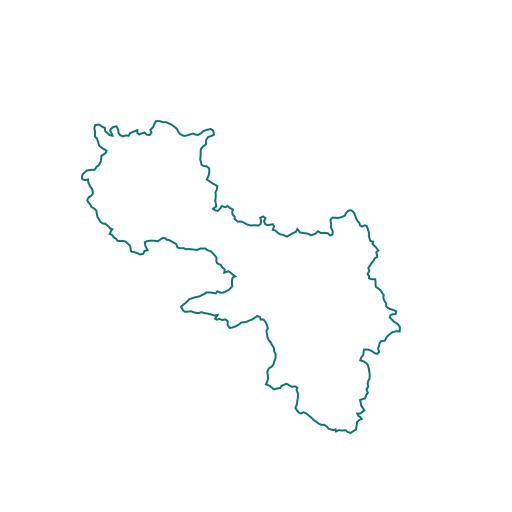 Tapiraí, São Paulo, Brazil (Albers equal-area conic projection), rotated 55°
{"feature_id": "56859067B25724400047231", "entity_name": "Tapiraí", "entity_type": "district", "adm_level": 2, "iso_a3": "BRA", "parent_name": "Brazil", "parent_adm1": "São Paulo", "projection": "albers", "projection_center": [-47.631, -23.999], "detail": "fine", "context": "isolated", "style": "outline", "palette": "teal", "viewbox_px": 512, "rotation_deg": 55, "n_neighbors": 0, "source": "geoboundaries", "source_scale": "gbopen_adm2", "svg_char_len": 5744}
<svg xmlns="http://www.w3.org/2000/svg" viewBox="0 0 512 512"><g transform="rotate(55 256 256)"><path d="M432.1,242.8L428.5,241.9L427.5,239.0L424.8,237.9L422.7,235.7L421.5,233.3L418.6,231.0L415.2,229.3L412.2,227.8L408.8,226.9L406.5,227.3L404.2,228.2L401.3,230.4L399.7,228.4L398.5,224.8L396.2,222.8L394.7,221.1L396.9,217.9L400.0,215.8L403.7,214.4L405.7,213.0L405.3,210.3L401.6,209.0L400.3,206.8L398.4,204.9L397.5,202.3L399.3,198.9L397.6,196.3L396.9,193.0L396.6,188.4L398.0,184.3L400.2,181.6L396.8,178.9L394.0,178.8L391.1,179.7L388.4,180.8L385.8,181.1L383.0,181.7L381.6,179.9L382.0,177.6L383.7,175.0L381.7,172.9L379.2,174.3L376.8,176.3L374.6,177.6L371.7,178.2L369.7,176.6L367.0,176.6L363.6,175.9L361.2,173.8L358.2,173.8L355.6,173.7L353.0,174.3L350.1,175.5L348.0,174.5L345.7,172.9L343.3,171.7L341.2,174.8L339.1,176.2L337.0,174.8L334.8,175.0L333.1,171.6L330.2,170.9L329.0,167.6L327.9,165.0L327.3,162.4L326.1,160.1L326.2,157.2L322.0,155.3L321.6,152.6L317.6,152.8L312.9,153.7L311.5,151.9L309.2,153.7L306.9,153.0L303.9,151.8L302.3,150.2L298.8,149.3L295.2,148.1L293.3,149.1L292.7,152.2L290.7,153.3L288.4,152.4L285.9,152.8L283.2,152.5L277.6,151.0L274.3,151.3L272.4,152.6L271.9,155.0L272.6,157.9L273.9,160.0L273.2,163.9L271.6,167.4L269.9,169.4L268.5,171.2L268.9,173.9L270.8,175.3L272.8,175.9L275.5,178.2L279.7,178.9L282.3,181.1L281.6,183.6L278.6,184.1L276.3,186.9L274.4,189.8L271.2,191.0L271.8,194.8L270.5,199.1L268.2,200.2L266.5,201.6L264.4,204.1L261.8,206.5L257.7,206.6L259.0,209.7L258.5,212.3L258.2,215.3L257.9,219.6L254.6,221.4L251.6,224.1L249.3,224.9L246.2,225.6L244.2,227.3L242.1,224.2L239.7,224.0L237.1,229.2L234.7,230.2L231.9,229.3L230.5,226.5L227.7,227.5L227.2,230.6L230.3,231.8L232.3,233.7L232.6,236.3L229.9,239.6L228.0,242.9L225.2,245.1L222.0,246.7L219.6,247.9L217.4,251.2L213.4,252.3L211.5,250.8L208.8,251.5L206.4,250.4L204.7,248.2L202.1,249.7L198.7,250.6L198.6,252.9L195.5,255.4L196.5,257.9L197.1,261.5L195.2,263.2L192.7,264.1L192.6,260.1L190.0,258.8L187.6,257.9L185.2,255.7L182.7,253.8L180.4,252.6L179.5,250.4L176.5,247.6L174.0,248.7L171.3,250.1L168.5,251.0L165.0,252.4L163.1,248.8L160.1,245.8L157.5,244.2L154.7,244.7L152.0,247.4L149.9,248.3L147.1,247.0L144.9,246.3L143.1,244.7L141.4,243.4L138.8,241.5L136.7,239.7L136.0,236.9L135.7,232.8L132.2,230.1L131.1,226.9L132.0,224.1L132.5,220.9L128.8,219.1L126.0,220.3L124.3,224.4L123.5,227.8L124.0,231.0L123.6,234.0L121.9,235.9L119.7,237.3L118.4,240.6L117.7,243.3L116.5,245.8L114.6,247.3L112.2,248.3L109.1,248.4L106.8,247.9L103.9,248.5L99.7,250.0L95.0,252.7L92.9,255.6L90.6,257.2L88.2,260.5L89.6,263.6L91.4,266.4L92.1,270.2L95.0,270.8L95.9,273.8L93.9,275.9L90.9,276.5L90.2,279.0L89.4,282.0L87.3,282.7L84.8,281.0L84.0,284.8L83.2,288.5L84.4,291.4L82.6,293.4L81.8,296.2L79.2,297.9L76.3,298.1L73.8,296.6L69.8,295.9L68.5,298.8L68.6,301.6L69.6,303.6L73.0,303.9L75.1,304.6L73.0,306.6L69.8,307.2L67.3,307.9L64.3,306.3L61.8,307.9L58.3,309.1L56.5,312.6L58.8,315.4L61.9,316.5L65.8,319.5L68.3,318.9L71.2,319.7L75.5,321.2L79.3,320.1L84.0,318.0L85.3,319.9L85.5,322.4L85.2,325.3L87.2,326.7L89.9,329.4L91.5,332.6L91.5,335.4L92.8,338.8L91.0,341.4L89.0,345.6L89.5,351.0L91.3,353.1L93.2,354.3L95.9,352.5L97.0,349.7L99.3,351.1L104.5,352.1L106.6,351.8L109.6,352.7L111.5,354.2L112.2,356.6L112.0,359.5L113.5,362.3L115.7,362.5L119.0,362.2L121.4,362.7L124.6,361.2L127.4,360.8L129.9,362.1L133.2,363.5L135.5,363.5L138.4,363.9L141.5,362.9L143.0,361.0L147.3,359.8L149.8,359.7L151.6,358.3L152.4,360.5L154.0,363.2L156.1,361.8L158.9,361.9L161.8,360.8L164.1,360.6L165.8,358.8L167.5,356.2L169.4,354.5L172.2,354.0L175.4,353.3L180.6,355.7L183.5,353.1L185.6,351.5L188.2,350.1L189.5,347.1L187.8,344.4L189.1,341.6L186.2,341.1L184.0,340.7L180.9,339.1L181.4,336.7L182.7,334.0L184.5,331.4L187.6,328.0L187.6,324.6L187.7,321.9L189.3,320.2L191.6,319.8L193.0,318.0L195.0,317.2L197.5,315.9L200.4,314.5L204.0,315.4L206.1,313.8L207.9,311.0L210.2,309.5L212.2,306.5L214.7,303.7L217.3,300.7L218.1,297.0L220.8,293.3L223.6,292.4L226.3,290.2L232.6,289.3L235.2,289.5L237.3,291.4L239.7,292.0L242.8,290.1L246.4,290.1L249.2,289.3L251.4,291.5L252.8,287.2L257.2,285.8L260.8,284.7L260.3,287.2L261.8,289.4L263.9,290.9L267.2,292.9L268.2,297.5L267.4,303.0L266.1,305.8L262.8,307.9L263.5,310.5L261.0,312.9L259.0,315.2L257.5,317.3L257.5,320.2L256.9,323.0L256.7,325.4L254.8,329.7L254.1,332.2L253.1,335.3L254.0,339.5L254.2,343.6L254.6,346.5L258.7,346.9L261.0,346.2L262.4,343.9L263.9,341.0L267.3,338.6L269.6,336.1L270.8,332.9L273.0,331.2L275.4,328.7L277.5,326.8L280.9,324.2L282.2,321.3L283.9,325.5L285.8,324.5L286.5,322.2L289.2,320.2L290.3,317.5L293.2,316.6L296.1,318.7L299.8,318.9L300.9,316.6L302.1,312.4L302.3,308.7L302.1,306.1L303.7,303.3L304.6,301.2L305.0,298.6L305.8,295.3L305.8,289.5L308.2,287.8L310.8,288.6L312.3,286.3L315.5,286.1L319.1,286.7L322.0,287.8L323.3,290.4L326.1,291.6L328.7,293.0L332.3,293.8L334.9,293.5L337.7,293.9L341.6,294.1L344.2,295.6L347.6,296.2L350.9,298.6L353.1,302.0L354.7,303.6L355.7,306.5L355.4,309.9L357.2,313.1L359.8,314.4L363.4,316.4L365.1,318.5L366.8,321.4L370.0,319.4L373.1,318.4L375.6,317.7L376.8,314.5L378.0,311.7L377.0,309.6L377.4,307.3L378.2,304.2L380.6,303.2L383.8,301.5L385.2,298.8L387.7,297.7L389.0,299.7L392.6,300.5L395.4,302.3L397.9,304.8L400.7,307.3L403.1,310.9L406.0,311.0L408.8,310.7L410.8,309.5L411.4,306.6L413.5,305.3L417.3,304.2L420.5,303.3L424.0,302.7L426.8,301.5L429.0,300.9L431.7,299.4L433.3,297.0L436.0,295.8L439.1,295.6L441.3,294.0L443.1,292.5L443.6,290.3L445.6,291.0L446.2,288.1L448.8,284.9L450.1,282.5L452.9,281.8L455.2,279.9L455.3,276.3L455.5,273.6L452.7,270.9L450.1,268.5L449.6,265.4L450.1,262.9L447.9,262.9L445.9,263.9L443.1,263.4L444.9,260.9L444.6,255.8L441.5,255.6L438.7,255.6L435.8,254.2L433.7,253.5L434.3,250.7L435.2,248.5L433.5,245.9L432.1,242.8Z" fill="none" stroke="#0f766e" stroke-width="2"/></g></svg>